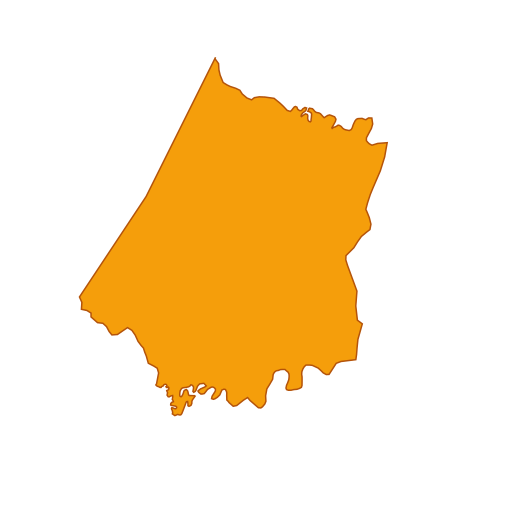 Seberang Perai Tengah, Pulau Pinang, Malaysia, rotated 212°
{"feature_id": "92858781B39236522821869", "entity_name": "Seberang Perai Tengah", "entity_type": "district", "adm_level": 2, "iso_a3": "MYS", "parent_name": "Malaysia", "parent_adm1": "Pulau Pinang", "projection": "natural_earth1", "projection_center": [100.443, 5.364], "detail": "fine", "context": "isolated", "style": "filled", "palette": "amber", "viewbox_px": 512, "rotation_deg": 212, "n_neighbors": 0, "source": "geoboundaries", "source_scale": "gbopen_adm2", "svg_char_len": 4715}
<svg xmlns="http://www.w3.org/2000/svg" viewBox="0 0 512 512"><g transform="rotate(212 256 256)"><path d="M395.6,403.1L380.7,248.2L384.0,127.7L379.1,124.4L375.8,118.3L370.5,120.2L365.7,120.2L363.6,116.9L355.1,115.5L350.2,117.8L345.3,116.9L340.5,114.1L336.4,112.7L331.9,116.0L329.5,121.6L327.0,127.2L321.8,127.2L316.5,124.9L310.8,121.1L305.9,119.2L302.7,118.3L299.4,115.5L296.1,113.1L290.5,108.0L284.4,108.5L280.3,108.5L276.6,105.2L272.6,94.9L272.6,93.6L271.9,93.4L270.6,93.2L269.9,93.5L269.0,93.6L267.7,93.7L266.8,94.3L266.9,95.2L265.8,96.8L266.0,97.8L265.7,98.4L264.8,99.3L263.9,99.5L263.0,99.0L262.5,98.2L263.0,97.4L262.3,97.1L261.5,97.4L260.8,98.4L260.0,98.0L259.3,96.4L259.7,95.6L260.4,94.6L259.6,93.9L258.7,93.4L258.1,92.0L257.7,90.9L255.9,90.1L255.0,90.5L254.2,92.0L252.8,93.5L252.0,92.5L251.6,91.6L251.0,90.0L250.1,89.7L248.8,88.7L249.3,88.0L249.9,87.2L250.1,85.8L249.7,85.0L249.5,84.5L248.9,84.3L247.7,84.8L246.0,85.5L244.4,86.1L243.3,85.9L242.9,85.3L243.1,83.9L243.9,83.5L245.1,83.3L246.2,83.1L247.0,82.7L246.9,82.0L246.3,81.3L245.0,80.5L243.5,78.8L243.3,77.8L241.6,77.7L240.4,77.6L239.7,78.3L239.2,79.2L238.4,80.2L237.1,80.5L236.2,80.9L235.6,81.5L235.4,83.0L236.0,86.4L237.3,92.9L237.7,94.6L237.7,95.7L236.9,96.4L235.3,94.5L234.4,93.0L233.2,93.0L232.6,93.8L232.0,94.9L232.1,95.9L232.4,97.2L233.2,98.4L233.6,99.8L233.6,101.2L233.4,104.9L234.3,104.9L235.2,104.3L237.5,103.0L238.4,102.4L239.2,102.4L240.1,103.0L241.2,104.2L242.4,105.3L244.2,105.9L245.0,105.0L245.3,104.4L245.6,103.4L245.4,102.6L245.0,101.2L244.7,99.6L244.6,98.2L244.9,97.0L245.4,96.8L246.3,96.9L247.0,97.6L248.2,99.8L248.9,101.6L248.9,102.8L248.9,104.1L248.3,105.3L247.1,106.4L245.7,107.5L243.9,109.3L243.1,110.7L243.0,112.2L242.2,112.6L240.5,112.3L239.6,111.8L238.8,110.4L238.2,109.0L237.8,107.8L236.6,107.4L235.8,109.0L235.8,110.4L236.2,112.5L236.6,114.5L236.4,116.0L236.0,117.7L232.7,120.4L229.4,119.5L230.1,117.5L230.9,116.5L231.7,115.2L232.6,114.0L233.7,111.0L233.4,110.5L232.1,110.0L229.6,109.7L228.4,110.5L227.0,111.9L226.7,114.0L226.4,117.2L224.4,121.1L223.2,122.0L221.6,122.2L219.9,121.7L218.9,119.9L218.9,116.1L218.9,113.8L218.1,111.5L216.2,111.9L215.1,113.2L213.9,115.7L213.1,119.0L213.9,124.3L212.6,126.1L211.1,126.6L209.1,125.3L208.2,124.3L206.7,121.8L205.4,119.9L204.4,118.4L202.6,118.0L201.1,117.4L195.7,116.5L193.1,119.0L192.1,121.8L190.2,127.2L188.1,131.5L184.4,130.3L173.6,128.6L171.4,129.7L170.6,131.5L170.1,135.1L170.6,138.0L173.8,142.6L176.4,149.1L176.4,151.6L176.4,154.5L176.6,160.3L178.6,164.5L178.8,166.2L178.6,168.0L177.9,169.5L176.4,170.8L175.1,172.6L173.3,173.9L171.3,175.1L169.1,174.7L167.3,174.5L165.6,173.5L164.3,171.8L163.3,169.9L162.6,168.3L161.9,164.9L161.6,162.6L160.6,159.9L159.3,158.9L157.4,159.3L155.1,160.8L153.1,162.8L150.6,164.7L148.9,166.8L147.9,168.7L148.4,170.6L149.9,173.1L151.3,175.4L152.9,177.9L154.6,179.9L155.8,182.2L156.4,185.1L156.4,187.7L155.8,190.0L152.6,192.0L150.3,193.1L144.0,193.9L141.6,193.5L139.5,193.1L137.1,192.5L133.6,192.7L131.3,194.3L131.1,207.5L128.0,211.6L116.4,221.0L118.5,225.7L121.7,231.8L125.4,239.3L129.9,254.8L136.0,255.3L144.9,266.5L151.8,279.7L173.4,296.5L177.8,300.3L179.9,304.0L178.7,309.2L177.4,314.8L177.4,321.9L177.0,328.4L175.0,334.5L173.4,338.8L175.4,343.9L180.3,348.6L184.8,351.9L187.6,353.8L189.6,360.3L191.7,368.8L192.9,375.8L195.7,394.1L199.4,408.2L204.8,421.6L212.4,416.0L216.4,411.4L219.4,411.2L221.4,411.6L223.5,412.3L225.0,414.8L225.2,417.5L225.5,421.8L225.7,425.2L227.0,429.8L230.9,434.4L232.4,433.5L233.7,432.7L234.4,431.4L235.0,429.8L236.7,429.3L239.0,428.9L242.4,426.5L243.3,425.2L243.6,423.3L243.4,421.1L243.1,418.9L242.3,415.5L242.3,413.6L243.4,411.8L245.0,411.2L246.9,410.5L248.4,410.2L250.3,410.3L252.3,411.0L254.4,411.0L255.7,410.5L256.2,409.3L257.2,407.5L258.4,406.2L259.0,404.6L259.6,404.9L259.8,409.4L260.0,412.3L260.7,414.4L263.1,415.7L267.0,415.0L268.4,414.6L269.8,413.0L271.5,409.4L272.5,409.6L276.7,410.8L278.4,410.7L281.0,409.7L282.8,409.8L284.8,410.5L286.2,410.8L287.7,410.2L289.0,409.7L289.2,408.9L288.7,406.2L287.1,406.7L285.8,406.6L284.7,406.5L283.9,405.6L282.8,403.5L282.2,402.3L281.6,400.9L280.9,399.8L281.0,398.6L282.3,398.2L283.8,398.7L285.2,400.2L286.3,402.3L287.4,403.2L289.4,402.8L290.7,400.0L291.2,398.4L291.9,398.5L292.3,399.7L292.3,401.1L292.1,402.5L291.3,404.3L290.8,405.7L291.5,408.3L293.2,407.9L294.3,405.6L294.5,403.5L296.0,402.4L298.3,402.5L300.2,403.9L301.8,403.7L302.5,402.7L302.8,400.6L303.0,398.5L303.5,396.8L306.7,396.0L312.0,397.4L316.5,398.3L324.2,399.3L332.7,395.5L337.6,392.7L341.3,389.4L342.5,386.1L347.4,385.2L353.5,386.1L357.5,388.0L362.0,387.5L367.7,386.1L371.4,385.7L375.8,385.7L382.3,390.4L386.0,394.1L389.7,399.3L395.4,401.6L395.6,403.1Z" fill="#f59e0b" stroke="#b45309" stroke-width="1.5"/></g></svg>